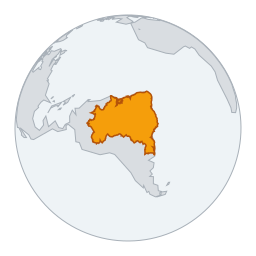 the Earth from above Brazil, rotated 320°
{"feature_id": "BRA", "entity_name": "Brazil", "entity_type": "country or territory", "adm_level": 0, "iso_a3": "BRA", "parent_name": "South America", "parent_adm1": "", "projection": "orthographic", "projection_center": [-55.283, -14.242], "detail": "fine", "context": "on_globe", "style": "filled", "palette": "amber", "viewbox_px": 256, "rotation_deg": 320, "n_neighbors": 0, "source": "natural_earth", "source_scale": "50m", "svg_char_len": 10801}
<svg xmlns="http://www.w3.org/2000/svg" viewBox="0 0 256 256"><g transform="rotate(320 128 128)"><circle cx="128" cy="128" r="113" fill="#eef3f6" stroke="#a8b0b8"/><path d="M96.0,20.0L97.1,19.7L100.3,18.9L99.6,19.2L102.7,18.3L102.7,18.2L104.1,17.9L106.0,17.5L105.4,17.7L104.4,17.9L105.2,17.8L104.1,18.1L105.7,17.8L104.8,18.3L108.5,17.2L110.1,17.2L108.7,17.7L105.3,18.3L93.6,22.1L91.1,23.4L91.2,24.3L98.8,24.3L97.6,25.7L98.6,27.1L100.9,25.8L100.9,24.4L105.5,22.7L105.0,21.4L106.8,20.7L107.7,19.5L111.4,19.1L114.5,19.5L113.9,20.6L115.3,20.9L119.0,19.6L120.9,21.9L127.4,23.9L127.5,24.8L122.0,26.4L114.1,26.7L107.0,30.1L115.5,27.5L115.6,30.2L117.2,30.7L119.5,30.4L121.0,29.3L121.8,30.4L113.7,33.0L112.8,32.1L115.4,31.2L111.7,31.5L106.2,33.9L106.7,35.4L97.9,38.5L98.1,39.7L96.4,41.3L96.6,39.0L96.0,43.4L85.8,49.8L84.8,58.8L81.5,52.4L77.8,52.3L73.1,53.4L72.8,54.8L67.0,55.1L61.0,59.5L57.5,67.5L58.6,72.9L65.2,71.5L67.7,67.7L72.8,66.0L68.0,75.9L76.8,75.7L75.2,83.1L77.6,86.5L82.3,84.9L87.1,86.1L90.9,81.4L96.8,78.5L96.6,84.5L100.1,78.8L103.3,81.4L115.3,80.7L114.3,82.1L124.4,89.1L135.8,92.4L138.4,97.1L137.0,100.0L141.1,100.9L141.1,102.8L157.7,106.8L166.4,112.5L166.3,119.4L159.4,126.8L153.9,143.9L141.6,149.0L139.0,156.2L130.4,166.8L122.9,165.9L125.6,171.4L121.9,174.7L117.2,175.0L117.0,178.9L113.5,179.1L116.2,181.6L111.6,187.0L114.0,191.1L110.9,195.5L112.7,197.9L111.1,197.9L109.8,199.0L110.0,200.4L104.8,198.4L102.2,192.8L103.2,189.9L101.1,189.6L103.1,182.1L101.2,183.7L99.8,173.0L101.5,164.1L100.8,139.7L98.0,135.2L89.4,130.5L79.0,114.9L81.4,107.9L79.2,105.0L86.2,95.0L84.6,86.9L82.3,86.1L79.7,89.5L71.9,85.6L69.6,80.1L48.3,76.2L46.6,74.1L47.6,69.6L45.5,58.5L44.1,70.1L42.3,68.6L41.8,64.9L43.3,63.2L44.6,57.6L43.7,56.5L47.8,49.8L57.7,40.1L57.3,40.7L59.7,38.7L60.4,37.9L60.3,38.0L66.9,33.4L73.8,29.3L80.9,25.7L88.3,22.6L96.0,20.0ZM83.7,62.1L93.8,65.6L87.5,66.8L88.8,65.8L86.3,64.2L81.6,63.1L76.2,64.9L83.7,62.1ZM89.4,56.3L87.6,56.1L89.4,55.9L89.4,56.3ZM60.0,38.2L58.7,39.4L58.2,39.7L59.3,38.7L60.0,38.2ZM105.6,19.8L106.6,19.6L105.9,19.9L105.6,19.8ZM105.0,19.5L103.5,20.0L103.0,20.0L103.9,19.7L105.0,19.5ZM107.1,19.0L102.3,19.8L101.4,19.8L104.4,18.7L107.1,19.0ZM101.9,18.4L102.0,18.5L100.2,18.9L101.9,18.4ZM116.1,16.0L114.2,16.2L114.4,16.2L116.1,16.0ZM113.8,202.8L105.4,199.2L110.0,200.8L112.2,198.4L117.0,201.3L113.8,202.8ZM120.8,196.8L124.0,195.6L125.0,196.3L123.0,197.3L120.8,196.8ZM215.9,57.6L216.6,58.5L210.9,51.9L209.1,49.9L201.1,42.7L202.9,44.5L210.6,51.7L209.6,50.7L212.1,53.8L209.4,50.7L200.5,43.0L198.1,42.8L200.3,49.5L197.8,49.5L193.2,47.2L187.1,39.4L193.4,40.4L191.4,38.2L185.5,34.4L188.0,35.2L186.4,34.0L188.3,34.4L186.6,32.4L187.9,32.8L182.9,29.7L185.8,31.4L188.6,33.1L189.6,33.7L196.9,38.9L203.7,44.6L210.1,50.9L215.9,57.6ZM187.5,32.3L186.2,31.5L187.5,32.3ZM180.0,28.1L179.3,27.8L174.0,25.2L173.5,25.0L180.0,28.1ZM235.5,161.6L234.0,165.0L230.8,172.9L229.4,174.5L227.1,178.8L224.1,182.5L220.3,185.4L217.5,182.8L219.9,178.6L222.5,169.5L227.3,148.9L230.8,141.0L231.6,134.2L229.3,118.0L230.0,110.5L228.7,106.7L226.4,106.6L224.6,102.1L222.9,101.5L210.6,101.0L205.1,95.0L194.6,79.0L195.6,73.6L192.8,67.1L197.4,49.5L201.6,51.5L209.0,52.4L210.5,53.6L213.3,57.8L221.7,66.5L220.1,63.5L222.5,66.8L226.8,73.8L230.5,81.2L233.6,88.8L236.2,96.6L238.2,104.6L239.6,112.7L240.4,120.9L240.6,129.2L240.2,137.4L239.3,145.6L237.7,153.6L235.5,161.6ZM199.7,58.7L200.5,60.4L200.5,60.5L199.7,58.7ZM115.7,80.6L117.1,81.7L115.1,81.8L115.7,80.6ZM86.4,69.2L88.6,69.1L89.7,69.8L87.9,70.3L86.4,69.2ZM106.1,67.6L108.9,68.0L105.9,68.6L106.1,67.6ZM95.4,66.0L103.9,67.6L98.2,69.6L92.9,68.8L96.7,68.0L95.4,66.0ZM87.8,59.4L89.1,59.6L88.5,60.7L87.8,59.4ZM90.7,56.1L90.2,56.3L89.6,55.6L90.7,56.1ZM116.0,30.1L116.7,29.9L118.9,29.9L117.7,30.4L116.0,30.1ZM129.9,27.9L131.0,29.6L129.4,28.6L127.8,29.4L122.6,28.5L127.3,25.2L126.1,26.7L129.9,27.9ZM116.8,26.8L119.6,27.4L116.3,26.9L116.8,26.8ZM175.6,27.8L177.8,28.6L179.2,29.8L177.5,30.1L175.4,28.4L175.6,27.8ZM180.4,29.7L173.6,26.0L174.4,26.0L175.1,26.6L176.3,26.9L177.8,28.0L185.2,32.0L186.9,33.3L182.9,32.6L183.2,32.0L181.1,31.0L180.4,29.7ZM154.9,19.6L151.9,18.8L157.4,19.5L159.5,20.2L158.0,20.4L154.6,19.6L154.9,19.6ZM113.3,17.2L111.8,17.4L113.3,17.0L113.3,17.2ZM111.8,16.5L110.8,16.7L113.7,16.3L113.1,16.4L115.2,16.1L119.9,16.3L118.4,16.5L122.9,16.8L120.9,17.5L118.0,17.2L119.8,18.1L116.4,18.2L118.0,18.9L111.9,18.1L108.9,18.5L113.0,17.8L115.0,17.1L115.0,16.9L112.7,16.7L107.2,17.4L108.3,17.1L109.6,16.9L111.8,16.5ZM145.1,16.7L146.8,16.9L145.3,16.7L148.6,17.3L145.8,16.8L146.4,17.1L148.8,17.4L140.5,17.6L139.2,18.6L139.6,19.8L134.7,19.2L131.2,17.9L129.0,16.6L131.0,16.0L128.4,16.0L128.6,15.8L130.5,15.8L127.7,15.6L128.3,15.5L126.4,15.4L125.2,15.4L135.2,15.6L145.1,16.7ZM210.1,52.4L210.8,52.9L211.6,53.3L213.2,55.4L210.1,52.4ZM204.1,47.1L204.5,47.1L207.1,49.9L206.3,49.5L204.1,47.1ZM202.4,44.9L204.3,46.9L202.8,45.5L202.4,44.9ZM186.0,31.4L186.1,31.5L187.0,32.0L187.9,32.6L186.0,31.4ZM218.6,61.0L218.2,60.5L217.8,60.0L218.1,60.4L218.6,61.0Z" fill="#d9dde1" stroke="#a8b0b8" stroke-width="1"/><path d="M105.4,98.5L106.4,99.3L106.9,99.3L107.7,98.9L108.0,99.1L107.9,99.4L108.1,99.4L108.8,98.6L110.5,97.7L110.9,96.9L112.0,96.5L112.1,96.0L110.9,95.9L110.9,95.5L110.5,94.6L110.5,93.8L109.7,93.1L109.4,92.6L109.9,92.8L110.6,92.8L110.9,93.2L112.3,93.1L113.0,93.7L113.4,93.6L113.5,92.9L114.1,92.7L114.6,92.8L115.2,92.6L116.3,91.9L116.8,91.9L117.5,91.2L117.3,90.6L117.5,90.6L118.5,90.5L118.8,90.8L118.5,91.8L119.3,92.1L119.3,92.4L119.6,92.9L119.0,93.6L119.1,94.0L118.8,95.3L119.0,95.9L119.2,96.1L119.2,96.8L119.4,97.1L120.2,97.7L121.0,98.1L121.7,97.9L121.7,97.6L122.0,97.3L122.6,97.4L122.7,97.2L123.5,97.1L123.9,96.6L124.4,96.5L124.9,96.7L125.6,96.6L126.7,96.8L126.8,96.4L126.3,96.0L126.7,95.5L127.1,95.7L128.6,95.4L129.2,95.9L130.3,96.3L131.0,95.8L131.5,96.0L131.8,95.9L132.0,96.1L132.6,96.2L133.2,95.7L133.8,94.3L135.3,92.2L135.5,92.2L136.0,92.6L137.0,96.3L137.5,96.9L138.5,97.3L138.6,98.2L137.8,98.8L136.9,100.0L135.9,100.5L135.0,101.8L135.0,102.3L134.6,102.6L134.5,102.9L134.0,102.9L133.1,103.3L134.1,103.5L134.6,103.4L136.6,102.2L136.7,102.4L136.6,102.5L137.0,103.7L137.6,104.2L138.4,103.9L138.9,104.1L139.7,103.8L139.1,105.5L139.4,105.2L139.9,104.1L140.3,104.0L140.9,103.3L141.4,103.6L141.6,103.3L141.4,103.1L141.4,102.7L142.1,101.9L143.1,101.8L143.4,102.0L143.4,101.8L143.7,101.8L144.6,102.1L145.0,102.5L145.7,102.6L146.9,103.3L147.2,103.3L147.5,104.0L148.0,103.5L148.6,104.1L148.8,104.1L149.0,104.7L148.6,105.1L148.7,105.3L149.2,104.9L149.3,105.3L149.0,105.4L148.9,105.7L148.6,106.9L149.2,106.4L149.6,105.5L149.8,105.6L149.6,106.2L150.1,105.8L151.1,105.7L151.2,105.4L152.1,105.6L153.4,106.4L154.1,106.3L154.8,106.7L156.8,106.6L157.7,106.8L160.5,108.6L161.3,109.6L162.1,110.4L162.7,110.7L162.9,111.1L164.0,111.6L165.1,111.6L165.9,111.8L166.4,112.7L167.1,116.1L167.0,117.4L166.7,118.3L166.3,119.2L165.4,120.4L165.1,120.7L164.9,120.6L164.9,120.9L163.8,122.1L162.8,122.7L162.0,123.7L162.0,123.4L161.3,125.1L160.2,126.4L159.7,126.6L159.7,126.2L159.4,125.9L159.1,126.2L159.2,126.5L159.1,127.0L158.7,127.4L158.5,127.8L158.5,128.7L158.6,128.8L158.7,128.7L158.4,129.9L158.6,132.3L157.8,134.8L157.8,135.8L156.8,136.9L156.4,139.4L155.9,139.7L155.1,141.3L154.3,141.9L154.0,142.5L153.8,143.0L153.8,144.0L152.5,144.5L151.9,145.0L152.0,145.4L151.8,145.7L150.1,145.7L149.8,145.2L149.7,145.3L149.7,145.7L148.5,145.8L148.3,145.8L148.9,145.7L148.5,145.5L147.1,145.7L147.1,146.0L145.8,146.7L145.6,147.1L144.7,147.0L143.0,147.8L141.0,149.3L141.0,149.6L140.5,150.0L140.6,149.8L140.2,149.7L140.1,150.1L139.6,149.9L139.7,150.1L140.2,150.4L139.9,150.8L139.7,150.8L139.8,151.0L139.7,151.5L139.7,151.9L139.6,152.5L139.7,153.4L139.5,154.1L139.5,155.1L139.2,156.0L138.3,156.6L137.5,157.5L136.4,159.5L135.3,161.0L133.4,162.6L133.4,162.1L133.7,162.1L134.0,162.0L134.7,161.4L134.9,160.8L135.2,160.7L135.3,160.4L135.8,160.0L135.7,159.5L136.0,159.5L136.0,159.2L135.2,159.4L134.8,158.7L134.8,159.1L135.0,159.3L134.8,160.1L134.6,159.9L134.4,160.7L133.6,161.2L133.2,162.2L133.2,162.7L132.3,164.5L131.1,165.6L130.9,165.5L130.9,164.6L131.6,163.7L130.8,163.1L130.5,162.5L129.8,162.1L129.2,161.4L128.2,161.0L127.5,160.2L127.1,160.5L126.8,160.6L126.7,160.1L125.4,158.8L124.9,158.9L124.7,159.1L124.0,159.0L125.2,157.8L126.9,155.5L127.3,155.5L127.2,155.2L128.3,154.5L128.8,153.9L129.7,153.7L130.5,153.1L130.7,152.7L130.8,151.4L130.5,150.3L130.3,150.1L129.2,150.1L129.5,149.3L129.7,147.3L129.9,147.2L129.2,146.7L128.2,147.1L127.8,147.0L127.3,144.9L127.4,144.5L127.1,143.9L126.2,143.7L125.9,143.4L125.5,143.7L125.0,143.7L123.3,143.5L123.1,143.3L123.3,141.3L122.7,139.7L123.2,139.3L122.7,138.8L123.5,137.5L123.4,137.2L123.9,135.8L123.2,134.5L122.9,134.5L122.2,133.9L122.0,132.9L122.2,132.1L118.8,132.1L118.6,130.5L118.0,129.8L118.5,129.8L118.5,128.8L118.1,128.0L118.2,127.7L118.0,127.2L116.9,126.7L115.6,126.8L114.9,126.1L113.7,125.8L113.1,125.2L112.6,125.2L111.9,124.8L111.5,124.9L110.5,124.8L110.3,124.4L109.4,123.9L109.2,123.5L108.6,122.5L108.7,122.1L108.5,121.1L108.7,120.4L108.5,119.5L106.3,120.0L104.7,121.0L104.2,121.6L103.5,121.7L103.1,122.3L102.5,122.6L101.3,122.3L100.0,122.4L99.3,122.7L98.9,122.5L98.7,122.6L98.6,120.3L98.8,119.5L97.5,120.7L95.8,120.9L95.8,120.5L95.3,119.9L93.8,119.8L94.2,119.2L93.1,117.8L92.6,117.0L92.7,116.7L92.2,116.3L92.2,116.0L92.7,115.8L92.5,115.4L92.6,115.0L93.7,114.1L93.5,113.4L93.9,112.4L94.1,111.4L96.0,110.1L97.6,109.7L97.9,109.3L98.7,109.2L99.0,109.5L99.5,109.5L100.5,103.4L100.1,102.6L100.1,102.1L99.2,101.5L99.3,100.1L100.4,99.7L101.0,99.8L101.0,99.5L100.7,99.1L99.7,99.2L99.7,97.9L100.3,97.8L102.9,97.7L102.7,97.5L102.8,97.2L103.3,97.6L104.4,96.9L104.9,97.6L105.0,98.6L105.4,98.5ZM139.1,100.9L140.1,100.8L141.5,101.1L141.2,102.2L140.6,102.8L140.6,103.1L140.2,103.3L140.0,103.1L139.9,103.5L139.3,103.3L139.2,103.7L138.7,103.8L138.2,103.7L137.4,103.8L136.9,102.7L137.2,102.5L137.0,102.4L136.8,102.1L137.1,100.9L137.9,100.6L139.1,100.9ZM135.9,102.3L134.6,103.1L135.1,102.4L135.1,102.0L135.3,101.6L135.9,101.4L136.1,101.6L135.9,102.3ZM137.8,100.0L139.0,100.0L138.5,100.5L137.7,100.3L137.8,100.0ZM137.7,99.9L137.5,100.4L137.1,100.3L137.6,99.3L137.7,99.9ZM139.5,100.6L138.9,100.7L138.7,100.6L139.3,100.3L139.6,100.4L139.5,100.6ZM137.1,100.6L136.6,101.0L136.3,100.8L136.4,100.6L136.7,100.5L137.1,100.5L137.1,100.6ZM138.1,99.7L137.9,99.7L137.8,99.4L138.3,99.2L138.1,99.7ZM137.8,96.7L137.5,96.8L137.4,96.3L137.7,96.3L137.8,96.7ZM140.0,153.8L139.7,154.6L139.7,154.1L140.0,153.8ZM145.9,146.9L145.9,147.4L145.6,147.3L145.9,146.9ZM139.8,151.9L139.6,151.7L139.9,151.5L139.8,151.9ZM149.0,106.4L148.9,106.6L148.9,106.1L149.1,106.0L149.0,106.4ZM159.5,126.7L159.2,126.8L159.4,126.5L159.5,126.7ZM148.0,145.9L147.7,146.0L147.6,145.9L147.8,145.8L148.0,145.9ZM158.9,127.4L158.7,127.7L158.9,127.4ZM148.3,103.3L148.2,103.4L148.1,103.2L148.3,103.3Z" fill="#f59e0b" stroke="#b45309" stroke-width="1.5"/></g></svg>